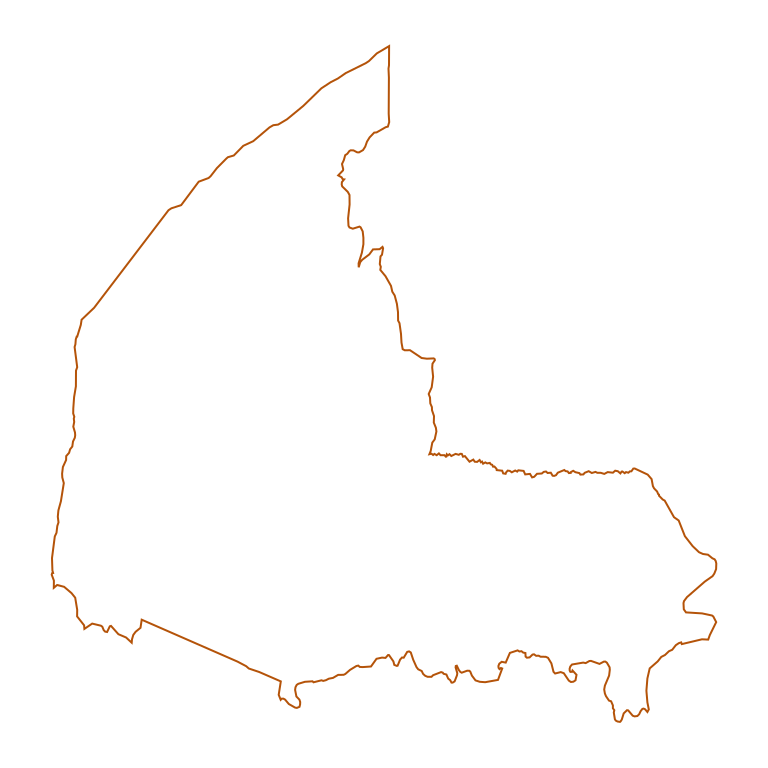 outline of Bolomba, Équateur, Democratic Republic of the Congo
{"feature_id": "63176286B53001735211155", "entity_name": "Bolomba", "entity_type": "district", "adm_level": 2, "iso_a3": "COD", "parent_name": "Democratic Republic of the Congo", "parent_adm1": "Équateur", "projection": "equal_earth", "projection_center": [19.536, 0.592], "detail": "fine", "context": "isolated", "style": "outline", "palette": "amber", "viewbox_px": 768, "rotation_deg": 0, "n_neighbors": 0, "source": "geoboundaries", "source_scale": "gbopen_adm2", "svg_char_len": 6061}
<svg xmlns="http://www.w3.org/2000/svg" viewBox="0 0 768 768"><path d="M389.1,46.1L376.8,53.4L368.9,61.1L365.7,63.2L345.7,73.1L337.9,78.5L330.7,82.2L321.4,88.3L303.3,105.9L287.0,119.3L278.1,124.6L273.3,125.2L269.5,127.4L253.2,141.2L243.3,145.8L233.8,155.5L227.9,157.2L226.3,158.6L216.9,168.1L210.6,176.2L208.6,178.0L198.7,181.7L181.2,205.1L171.4,208.3L168.5,210.2L94.1,307.8L81.6,319.7L80.8,324.9L77.2,336.6L76.7,336.6L75.8,339.3L75.4,344.3L74.6,347.0L77.2,367.2L76.0,370.6L75.9,386.3L74.1,397.1L73.3,408.3L73.2,413.5L74.3,416.8L73.8,418.6L74.2,421.9L73.3,426.7L75.0,432.5L75.2,435.3L74.8,437.8L73.0,441.5L72.3,446.5L70.1,449.3L69.1,452.8L66.2,456.1L66.1,460.0L62.9,467.0L62.1,473.7L62.3,477.5L63.8,483.1L60.9,501.3L58.4,510.4L57.8,516.7L58.5,522.4L57.3,526.0L56.5,532.8L54.8,536.4L52.0,558.1L52.4,570.4L53.1,573.0L52.2,573.1L51.7,574.7L53.9,580.6L53.8,587.8L57.1,585.0L64.1,586.8L71.5,593.1L75.2,597.7L77.2,609.8L77.1,616.4L84.1,625.3L84.4,628.9L92.2,623.6L100.9,625.7L102.3,626.7L103.7,630.1L105.1,631.6L107.1,632.0L109.8,626.3L111.0,625.9L118.4,634.2L126.1,637.5L131.7,642.7L132.0,639.3L133.3,634.9L135.6,631.8L140.5,627.8L141.7,619.7L237.5,661.6L246.2,666.2L248.8,668.5L259.2,672.0L280.8,681.4L278.7,694.8L280.7,699.8L281.7,698.7L283.5,698.7L285.1,699.6L288.8,704.0L295.1,707.6L296.9,707.9L299.5,706.8L300.1,704.4L300.2,702.0L299.4,699.6L296.4,696.5L295.1,689.9L295.5,687.2L296.7,684.9L298.3,683.8L304.9,681.8L312.5,681.3L313.5,682.3L321.5,680.3L323.2,680.9L325.9,680.2L328.8,678.7L333.0,677.9L338.1,674.9L343.6,674.8L345.3,674.0L350.0,669.9L356.4,666.0L358.3,665.6L359.7,666.9L362.5,667.1L371.0,666.5L376.5,658.8L382.0,657.6L385.5,657.9L388.1,655.0L389.0,655.1L393.4,661.4L394.3,664.9L396.8,665.9L397.6,665.7L400.1,659.6L402.0,657.5L403.7,657.7L407.2,651.9L409.1,651.4L410.8,652.5L413.2,659.7L416.5,667.1L418.2,669.3L421.7,671.0L423.1,673.9L425.2,675.8L427.6,676.8L431.5,676.8L433.1,675.2L441.1,672.1L442.7,672.6L443.6,673.8L446.4,674.5L448.2,678.6L450.2,680.2L451.5,682.6L452.7,682.6L454.6,681.4L457.0,675.3L457.3,673.2L455.6,667.4L455.8,666.0L456.8,665.7L458.9,670.1L460.3,671.9L461.7,672.7L467.2,670.7L469.4,670.8L470.3,671.7L471.9,675.6L475.5,680.4L479.8,681.8L485.2,682.2L498.0,679.9L502.2,668.5L500.9,668.0L499.5,669.1L498.6,667.9L498.4,666.0L499.3,663.7L501.7,661.8L505.7,662.6L509.9,652.9L517.6,650.4L519.4,651.5L521.5,651.2L523.2,652.6L525.4,653.0L525.6,656.6L526.9,657.7L529.6,657.4L532.5,654.6L534.0,654.3L536.1,655.8L538.7,655.7L540.5,656.7L545.7,656.8L548.0,657.8L551.4,663.4L553.5,671.8L555.1,673.5L560.7,672.1L563.8,673.2L568.8,680.6L570.9,682.0L573.4,681.7L575.5,680.3L576.5,674.8L572.5,670.5L572.1,671.8L570.4,671.9L569.7,670.6L569.6,668.8L570.3,666.5L572.0,664.5L583.2,662.6L585.7,663.1L589.4,661.0L591.0,660.9L599.5,663.9L603.9,661.6L605.4,661.6L606.9,662.7L609.6,667.3L609.8,669.8L609.1,675.6L604.9,685.6L604.2,689.5L604.9,693.5L606.0,696.2L609.0,700.6L611.1,701.3L612.9,705.4L612.9,708.3L614.3,710.2L613.8,712.6L614.9,719.3L615.8,720.6L617.5,721.5L620.0,721.9L620.6,721.4L621.8,719.5L623.7,713.4L627.0,710.2L628.2,710.4L632.7,715.7L634.6,716.4L637.4,716.0L639.2,714.2L640.6,711.2L642.4,708.9L643.6,708.6L645.0,709.2L647.4,712.0L648.8,709.4L647.4,702.4L646.4,690.7L647.4,678.4L649.7,668.4L657.7,661.4L661.3,656.9L665.0,655.0L669.0,651.2L672.2,649.8L675.8,645.2L678.9,643.1L681.2,642.4L681.8,644.1L702.0,639.3L708.2,639.6L709.8,635.1L716.2,622.1L713.3,616.5L712.0,615.5L702.1,613.4L686.0,612.4L683.8,609.3L683.5,603.1L684.0,601.1L687.0,597.1L704.8,581.6L712.6,576.1L714.3,573.6L716.1,569.1L716.3,563.5L715.7,561.0L714.6,559.3L712.4,558.3L708.0,554.7L703.0,554.0L699.0,552.2L692.7,546.2L684.9,536.2L678.7,520.5L674.0,517.2L664.7,500.6L662.7,499.5L659.0,495.7L659.0,494.6L658.2,494.1L657.1,491.5L654.1,488.4L652.9,486.1L651.6,479.1L647.7,474.6L634.7,468.5L633.3,468.6L631.4,471.3L629.8,471.4L628.4,472.7L626.0,472.1L624.7,473.2L622.4,471.5L621.6,471.6L620.4,473.4L617.8,471.2L615.2,470.7L612.9,472.7L607.7,472.1L604.3,473.9L600.7,472.8L597.3,472.8L595.5,471.9L591.8,473.0L588.7,471.2L584.7,472.8L583.4,474.4L580.4,474.6L579.4,473.1L575.4,472.2L573.2,470.8L570.7,472.2L570.7,472.9L568.9,473.1L567.6,471.4L565.5,471.1L564.3,470.0L557.8,472.7L556.0,475.2L554.1,475.9L552.6,475.7L550.8,472.7L547.6,473.0L546.0,471.5L543.7,471.9L541.8,473.5L537.0,473.8L534.2,476.8L532.1,477.4L530.0,473.9L525.2,474.4L523.6,470.9L518.3,470.3L517.2,471.6L515.2,470.5L511.8,472.3L509.8,470.9L507.7,470.6L506.1,472.4L505.6,473.8L503.2,473.4L502.2,470.7L496.7,470.1L496.5,468.8L494.4,466.5L493.1,466.7L492.2,464.8L490.7,464.3L489.8,462.9L487.1,463.4L485.3,462.4L483.1,463.7L482.1,461.6L480.9,462.3L479.6,460.0L477.1,461.9L474.7,461.7L473.3,459.6L469.5,461.7L464.9,456.1L463.0,456.7L461.8,453.9L460.3,453.8L458.8,454.8L455.6,453.9L451.3,456.0L449.5,454.2L447.9,455.4L446.8,454.3L446.3,456.6L445.8,456.7L444.5,455.2L440.5,455.2L438.9,453.4L436.7,455.2L434.4,453.9L433.1,455.0L431.5,453.7L429.4,454.2L430.7,451.0L432.3,442.6L434.7,439.4L436.4,431.5L435.9,427.8L433.8,422.6L434.0,416.1L432.0,410.2L431.9,407.1L430.3,403.4L430.0,397.5L428.7,394.0L431.7,387.3L433.1,376.7L432.2,367.7L432.5,363.7L434.9,360.1L434.6,359.0L433.7,358.4L426.9,358.7L421.6,358.0L410.0,350.2L404.8,350.3L402.7,349.2L401.5,342.6L401.0,333.9L399.5,323.2L398.1,320.6L398.0,312.2L396.9,303.8L394.7,295.5L392.3,291.7L391.0,285.9L385.5,276.2L380.3,269.9L380.8,266.8L379.8,264.1L380.5,256.4L382.0,254.7L383.1,248.2L382.5,246.9L379.6,249.2L373.0,249.4L369.3,254.4L362.2,259.8L360.2,262.2L358.7,267.3L358.6,263.3L361.9,252.7L363.4,244.2L363.4,237.8L362.7,231.4L360.6,227.3L359.5,226.6L352.8,228.7L349.5,227.5L348.5,225.8L348.1,218.4L349.6,204.5L349.5,195.0L347.8,191.9L342.2,186.4L341.7,184.5L341.9,182.1L344.1,179.4L342.7,179.2L341.6,177.3L338.2,175.4L343.0,170.4L343.2,169.2L342.0,164.0L343.8,160.2L345.2,155.2L347.3,153.8L349.4,151.0L350.7,150.3L353.5,150.4L357.1,152.3L359.0,152.4L363.0,150.1L365.2,146.7L367.0,141.6L369.6,137.4L374.2,132.6L376.6,132.4L385.7,127.2L387.9,126.6L389.2,122.1L388.7,113.7L388.9,77.6L388.5,68.6L389.0,65.3L389.1,46.1Z" fill="none" stroke="#b45309" stroke-width="2"/></svg>